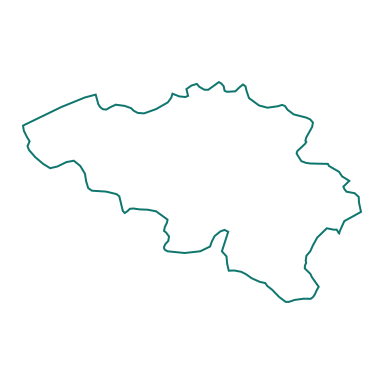 Belgium, Robinson projection
{"feature_id": "BEL", "entity_name": "Belgium", "entity_type": "country or territory", "adm_level": 0, "iso_a3": "BEL", "parent_name": "Europe", "parent_adm1": "", "projection": "robinson", "projection_center": [4.727, 50.501], "detail": "fine", "context": "isolated", "style": "outline", "palette": "teal", "viewbox_px": 384, "rotation_deg": 0, "n_neighbors": 0, "source": "natural_earth", "source_scale": "50m", "svg_char_len": 2034}
<svg xmlns="http://www.w3.org/2000/svg" viewBox="0 0 384 384"><path d="M172.5,93.7L179.3,96.4L185.4,97.0L188.1,95.8L186.4,89.1L191.3,85.6L196.8,83.9L199.3,86.8L204.3,89.7L208.2,89.8L218.9,82.1L221.4,83.6L223.7,86.3L224.1,88.5L224.6,90.8L227.0,91.8L235.4,91.3L239.6,87.2L243.0,84.5L245.5,86.3L246.7,91.4L249.0,98.1L259.1,105.5L267.5,107.7L278.0,106.2L282.1,104.9L284.9,106.0L287.7,109.9L293.7,114.4L306.3,117.6L310.2,119.4L312.9,122.5L312.2,126.8L306.2,137.6L305.4,140.8L306.3,141.8L305.1,143.8L297.3,151.1L296.6,153.6L299.2,157.8L301.4,161.2L306.1,162.9L310.6,163.5L318.9,163.7L327.9,163.9L328.9,165.9L339.0,171.8L342.1,176.4L349.3,180.9L343.4,186.6L344.4,189.1L346.5,191.7L354.6,193.2L358.7,196.9L359.0,202.6L361.0,211.9L344.3,221.1L339.7,231.4L339.2,233.4L338.7,233.1L336.8,229.7L333.8,229.7L326.8,228.3L317.2,237.6L312.9,245.4L310.3,251.2L306.4,255.8L305.7,260.8L306.2,262.9L304.9,265.6L304.8,268.4L310.4,273.9L311.8,277.0L318.7,286.8L316.6,290.4L314.9,294.3L313.0,297.1L310.7,298.8L303.7,298.7L294.8,299.9L288.8,301.9L285.7,301.9L279.2,297.0L272.0,289.6L267.4,286.1L265.3,283.1L259.6,281.8L251.6,278.2L246.0,274.2L241.2,271.8L234.4,270.5L228.8,270.7L227.2,264.0L226.5,256.4L221.9,251.3L228.2,231.8L224.5,229.9L220.4,231.4L214.6,236.1L211.8,241.6L210.1,246.5L200.2,251.3L184.6,253.0L167.6,251.3L165.2,250.0L164.1,248.5L164.1,246.8L165.3,244.1L168.3,240.9L169.0,236.4L166.0,232.4L164.0,230.9L164.8,227.1L167.1,222.3L167.5,219.6L156.1,211.3L147.7,209.7L139.6,209.4L133.5,208.5L129.9,208.8L127.3,211.3L124.7,213.0L122.8,210.9L119.3,196.3L116.5,194.1L106.1,191.6L91.9,190.7L88.2,188.1L86.2,181.5L84.9,173.6L80.3,166.0L78.0,164.1L73.8,160.7L66.4,162.1L57.4,166.5L52.2,167.7L50.2,168.2L43.2,163.9L35.3,157.2L29.0,150.0L27.5,146.1L29.6,141.3L27.3,137.6L23.9,130.9L23.0,125.6L61.4,107.0L84.8,97.5L95.7,94.6L98.3,104.2L100.3,107.2L102.8,109.2L106.3,109.6L110.3,107.2L115.8,104.7L124.7,105.9L131.2,108.2L133.5,110.6L137.7,112.9L144.0,113.4L156.1,109.1L167.8,102.4L171.2,97.8L172.5,93.7Z" fill="none" stroke="#0f766e" stroke-width="2"/></svg>